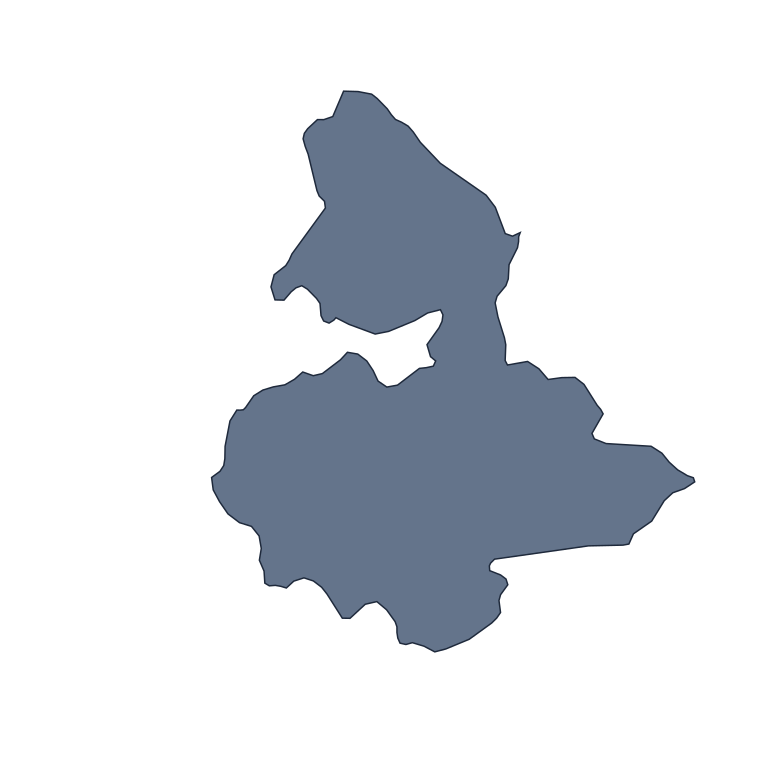 SVG path tracing the border of Bauchi, rotated 327°
{"feature_id": "NGA-2858", "entity_name": "Bauchi", "entity_type": "State", "adm_level": 1, "iso_a3": "NGA", "parent_name": "Nigeria", "parent_adm1": "", "projection": "albers", "projection_center": [9.972, 11.0], "detail": "fine", "context": "isolated", "style": "filled", "palette": "slate", "viewbox_px": 768, "rotation_deg": 327, "n_neighbors": 0, "source": "natural_earth", "source_scale": "10m", "svg_char_len": 2283}
<svg xmlns="http://www.w3.org/2000/svg" viewBox="0 0 768 768"><g transform="rotate(327 384 384)"><path d="M579.1,635.4L567.0,632.5L555.5,634.5L533.8,644.8L511.6,645.5L502.2,651.6L496.7,649.3L467.3,631.1L381.3,591.1L375.8,592.3L373.3,593.9L371.0,598.1L377.8,607.7L380.1,614.0L378.5,619.8L367.0,624.2L362.5,628.2L357.3,639.1L351.0,641.7L344.2,643.1L316.4,644.5L291.6,639.9L280.7,636.3L274.7,625.6L266.9,616.4L260.5,614.4L256.3,610.1L257.2,604.6L259.5,599.5L262.6,594.7L263.9,589.4L263.2,574.8L259.5,562.6L248.3,558.5L227.9,562.0L221.5,557.7L221.8,529.2L221.0,520.5L217.5,510.7L211.3,503.0L201.0,500.2L191.0,501.9L187.3,497.5L183.2,493.7L177.9,490.8L175.6,486.1L181.5,475.6L183.5,463.9L191.5,455.1L196.5,443.4L195.3,431.2L187.3,421.6L182.4,408.0L182.0,393.1L183.1,379.8L188.5,368.5L198.9,367.9L205.2,365.1L209.9,359.9L216.8,349.7L234.7,331.1L246.4,325.7L249.0,327.5L252.0,329.0L255.2,328.3L268.4,322.9L279.1,323.1L289.5,326.1L300.4,330.7L311.5,331.3L322.4,329.7L329.2,338.5L338.0,341.7L360.6,340.0L370.6,337.5L378.3,344.6L382.1,355.3L382.2,366.8L380.6,378.3L384.7,388.1L394.7,392.3L422.2,390.2L428.3,393.3L435.1,395.9L439.9,392.8L437.9,386.4L441.5,374.4L460.8,366.8L466.8,363.1L471.1,358.1L471.8,352.4L459.3,348.2L444.4,347.6L416.5,342.4L403.8,337.3L387.1,314.9L379.8,302.2L376.8,303.1L371.1,303.0L367.7,298.3L368.4,292.4L374.2,281.6L374.0,275.4L371.4,262.7L368.6,256.8L362.6,255.4L356.4,256.1L345.8,259.2L338.4,254.1L342.1,241.0L351.4,232.5L366.1,231.2L371.9,228.5L377.6,224.8L430.7,204.5L433.6,198.4L432.0,191.1L433.1,185.3L445.6,149.8L447.3,141.9L449.7,134.3L453.7,130.4L459.1,128.3L472.2,126.0L477.5,129.5L486.7,131.8L509.6,116.4L521.5,124.6L531.5,134.2L533.8,141.0L536.6,155.0L536.8,162.2L537.7,168.4L541.3,174.0L544.7,180.9L545.8,188.6L546.1,201.0L551.4,229.5L572.5,281.3L573.6,296.4L567.6,323.9L572.3,330.0L580.7,331.2L577.2,333.8L574.4,337.9L570.2,342.4L553.9,352.0L545.5,363.5L539.8,367.9L526.6,372.0L521.4,376.5L516.1,389.8L510.2,410.8L507.5,417.4L498.4,430.3L497.9,435.3L516.7,443.3L522.2,455.6L524.1,469.6L536.6,475.5L547.8,482.5L551.5,493.2L551.2,517.9L551.9,523.3L551.5,528.4L531.5,538.7L530.5,544.6L537.8,554.9L574.1,581.7L579.4,593.4L580.6,604.9L583.5,615.9L588.5,626.1L592.4,631.1L591.3,635.3L579.1,635.4Z" fill="#64748b" stroke="#1e293b" stroke-width="1.5"/></g></svg>